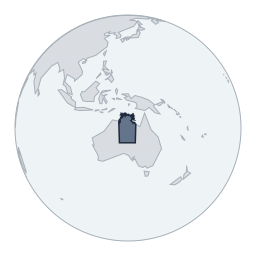 Northern Territory highlighted on a globe, orthographic projection
{"feature_id": "AUS-2650", "entity_name": "Northern Territory", "entity_type": "Territory", "adm_level": 1, "iso_a3": "AUS", "parent_name": "Australia", "parent_adm1": "", "projection": "orthographic", "projection_center": [133.869, -18.484], "detail": "medium", "context": "on_globe", "style": "filled", "palette": "slate", "viewbox_px": 256, "rotation_deg": 0, "n_neighbors": 0, "source": "natural_earth", "source_scale": "10m", "svg_char_len": 6797}
<svg xmlns="http://www.w3.org/2000/svg" viewBox="0 0 256 256"><circle cx="128" cy="128" r="113" fill="#eef3f6" stroke="#a8b0b8"/><path d="M206.0,133.8L206.0,134.7L205.8,134.7L206.0,133.8ZM185.6,31.2L185.4,31.1L185.6,31.2ZM228.4,82.1L227.5,79.7L228.6,81.5L228.4,82.1ZM226.5,78.0L226.9,78.9L226.5,78.1L226.5,78.0ZM225.9,77.3L226.4,77.8L226.0,77.5L225.9,77.3ZM225.3,76.7L225.6,77.0L225.3,76.7ZM224.0,75.1L223.6,74.6L223.8,74.6L224.0,75.1ZM125.8,15.4L126.3,15.4L126.8,15.4L135.7,15.6L144.5,16.6L153.2,18.2L161.8,20.5L161.3,20.4L165.3,21.7L162.2,21.0L161.6,21.2L156.0,20.0L156.0,20.6L157.5,21.1L158.7,22.5L155.6,24.3L151.2,20.5L154.4,19.0L152.5,19.2L150.9,18.6L148.9,18.4L147.7,18.8L148.9,19.2L136.4,18.2L129.4,20.2L134.9,20.6L137.0,21.9L133.9,26.2L118.4,32.4L121.1,35.5L120.3,37.5L116.1,38.4L117.0,35.5L113.9,34.3L115.1,32.7L108.6,33.8L110.0,31.6L104.2,33.9L104.9,35.7L110.2,35.3L104.5,38.5L108.1,42.2L107.1,46.7L95.9,55.3L86.9,58.4L86.0,60.1L83.2,58.5L78.3,62.2L82.5,71.6L82.0,74.6L74.5,81.1L74.6,78.8L67.1,74.4L64.8,81.9L70.4,87.2L72.3,94.6L67.6,92.8L65.8,86.5L63.1,84.7L64.5,78.2L63.6,69.5L58.9,72.1L59.9,68.5L57.9,62.4L51.5,66.1L40.9,78.3L38.3,88.2L35.2,93.6L33.9,81.6L36.0,73.1L33.9,75.0L34.0,69.8L29.4,74.1L30.2,72.3L29.0,74.4L29.1,74.2L33.1,67.4L37.6,60.9L42.5,54.7L47.8,48.9L53.6,43.4L59.7,38.4L66.2,33.9L72.9,29.7L79.9,26.1L87.2,23.0L94.7,20.4L102.3,18.3L110.1,16.8L117.9,15.8L125.8,15.4ZM26.3,79.6L26.8,78.6L29.5,73.6L27.9,76.8L27.8,78.4L22.5,89.6L19.6,97.5L22.5,88.4L26.3,79.6ZM17.7,104.9L18.7,101.3L18.2,103.9L15.9,117.7L15.4,127.4L16.0,116.1L17.7,104.9ZM17.4,149.3L17.5,150.0L20.0,159.9L21.4,164.3L17.4,149.3ZM26.0,175.9L26.3,176.4L26.5,176.8L26.0,175.9ZM60.6,198.2L62.8,199.2L62.0,199.9L60.6,198.2ZM20.0,152.1L26.0,171.2L25.9,173.0L23.6,168.5L19.8,157.5L19.2,152.6L18.3,147.0L20.0,152.1ZM99.4,111.7L102.9,112.2L102.8,112.8L99.4,111.7ZM95.8,109.9L99.7,110.0L95.2,111.1L95.8,109.9ZM101.2,110.1L105.1,109.1L106.8,108.3L106.5,109.4L101.2,110.1ZM93.3,110.0L79.8,110.5L74.6,109.6L75.7,107.6L84.1,107.4L93.3,110.0ZM75.3,107.5L67.6,103.1L58.1,90.0L61.5,89.6L71.6,96.9L71.0,98.5L75.6,102.1L75.3,107.5ZM94.5,96.7L93.8,101.5L86.2,101.4L82.9,100.8L80.5,94.8L81.8,91.7L84.6,91.6L95.8,81.2L99.6,83.5L96.0,87.8L99.1,91.8L94.5,96.7ZM38.5,89.0L39.5,94.2L37.9,95.8L38.5,89.0ZM100.9,74.4L96.0,78.6L100.6,73.0L100.9,74.4ZM103.9,69.3L104.0,71.4L102.3,69.4L103.9,69.3ZM85.4,62.8L82.5,63.5L82.7,62.1L86.5,60.5L85.4,62.8ZM106.2,50.8L105.2,54.5L104.3,55.8L103.4,53.5L106.2,50.8ZM180.6,176.8L182.4,178.9L179.3,182.1L174.9,184.8L170.2,184.4L180.6,176.8ZM145.2,176.3L144.1,171.1L149.2,171.8L147.9,175.9L145.2,176.3ZM183.8,174.8L186.5,171.4L186.6,165.6L187.4,171.3L190.6,173.2L183.6,179.0L183.8,174.8ZM123.7,153.4L102.8,161.3L97.9,160.1L98.4,156.2L92.5,145.0L94.1,145.2L92.2,137.9L104.1,131.2L112.5,120.0L119.9,121.2L125.1,113.6L133.0,115.0L131.1,121.2L139.9,126.7L144.6,113.1L151.1,129.7L158.2,137.1L161.5,148.7L152.8,165.7L146.9,168.2L145.2,166.0L142.9,167.5L138.5,165.9L135.0,158.9L132.7,160.6L134.5,156.1L131.4,159.8L128.7,155.5L123.7,153.4ZM181.1,135.7L182.6,136.7L185.2,140.6L182.9,139.2L181.1,135.7ZM202.4,135.3L203.3,137.2L201.7,136.7L202.4,135.3ZM205.8,134.7L203.9,134.3L206.0,133.8L205.8,134.7ZM187.6,128.6L188.4,129.9L187.8,130.0L187.6,128.6ZM186.9,128.0L187.7,126.7L187.7,128.3L186.9,128.0ZM179.7,117.0L180.4,116.5L180.8,117.2L179.7,117.0ZM108.0,112.4L112.6,108.7L115.3,108.5L108.0,112.4ZM178.4,115.0L176.3,114.2L176.4,113.4L178.4,115.0ZM178.4,113.1L178.1,111.9L179.5,115.0L178.4,113.1ZM174.3,109.4L176.9,112.1L174.0,109.5L174.3,109.4ZM172.8,109.2L171.0,107.9L171.1,107.5L172.8,109.2ZM153.4,106.0L160.0,114.0L154.9,112.7L149.1,107.4L144.9,110.5L135.3,108.4L137.3,106.3L135.9,102.6L126.3,100.0L124.3,97.6L127.7,96.4L121.4,94.1L128.2,93.7L131.1,98.6L135.0,95.5L142.0,97.4L148.9,100.2L154.7,104.8L153.4,106.0ZM128.5,103.9L129.7,104.1L128.7,105.4L128.5,103.9ZM167.6,104.3L170.2,107.3L169.9,107.8L168.6,107.1L167.6,104.3ZM156.0,104.3L162.1,101.8L163.6,102.3L159.6,105.7L156.0,104.3ZM160.5,99.0L163.4,100.2L165.1,102.8L164.5,103.2L160.5,99.0ZM114.5,98.4L114.3,99.7L112.6,98.6L114.5,98.4ZM116.8,97.8L122.1,99.6L116.3,98.9L116.8,97.8ZM101.3,92.9L102.8,95.8L107.4,94.0L103.9,96.7L107.2,101.7L106.1,103.6L102.9,98.1L101.9,103.7L99.9,103.6L98.7,98.8L100.7,93.1L102.7,90.8L111.1,90.1L101.3,92.9ZM116.7,94.2L115.3,90.6L116.4,88.5L117.8,90.3L116.7,94.2ZM111.5,82.5L108.1,78.6L104.9,80.0L111.7,75.1L113.7,79.5L111.5,82.5ZM109.0,74.3L105.9,75.5L109.2,72.7L109.0,74.3ZM105.2,74.3L105.1,71.8L107.4,72.2L105.2,74.3ZM110.5,74.5L111.5,70.3L112.4,72.8L110.5,74.5ZM104.7,66.5L109.3,70.5L103.0,68.7L103.7,61.1L106.5,61.0L104.7,66.5ZM126.6,40.2L126.5,38.6L129.3,38.5L128.5,39.6L126.6,40.2ZM138.2,37.5L130.0,38.0L123.3,38.8L124.9,39.7L122.6,42.4L120.7,39.6L126.0,37.0L130.9,36.9L132.5,34.9L136.6,34.0L137.0,31.5L139.0,30.8L140.2,33.1L138.2,37.5ZM136.9,30.5L139.1,27.0L144.0,28.3L144.6,29.3L141.5,30.3L139.2,29.6L136.9,30.5ZM141.1,26.6L138.8,25.9L137.2,21.2L138.0,20.6L141.8,24.4L139.9,24.0L139.4,25.1L141.1,26.6Z" fill="#d9dde1" stroke="#a8b0b8" stroke-width="1"/><path d="M118.8,121.0L119.2,121.7L119.2,120.9L120.1,121.6L120.0,120.9L120.6,120.9L120.0,120.8L119.9,120.5L120.1,120.5L120.2,120.3L119.4,119.9L120.1,119.3L120.4,118.2L121.2,118.0L120.8,117.2L121.6,116.5L121.9,116.7L121.7,116.1L122.3,116.6L122.2,116.1L123.1,115.4L123.3,115.9L124.9,115.6L125.2,116.0L125.3,115.6L125.9,115.5L125.7,114.6L125.4,114.3L124.6,114.4L123.9,114.0L124.4,113.6L124.7,114.1L124.7,113.6L125.7,114.3L126.2,114.0L127.4,115.0L128.1,114.7L128.0,115.0L128.5,115.0L128.6,115.4L129.7,115.2L130.6,115.9L131.9,114.8L131.6,115.9L132.2,115.4L132.1,116.2L132.6,116.2L132.8,115.8L132.4,115.6L133.2,115.1L133.4,115.8L134.0,116.0L133.3,116.9L133.0,116.8L133.3,117.3L133.0,117.2L133.0,117.7L132.7,117.9L132.7,117.4L131.9,117.8L131.9,118.7L132.2,118.6L131.9,119.6L130.8,120.6L133.4,123.0L133.9,122.9L135.8,124.3L135.3,142.8L119.4,142.8L118.8,121.0ZM123.5,114.2L122.4,115.2L121.5,114.7L121.3,113.8L121.9,114.2L122.8,113.9L122.9,114.1L123.0,113.7L123.5,114.2ZM133.4,119.5L133.8,119.8L132.7,119.7L132.8,118.9L133.4,118.5L133.5,118.9L133.8,118.8L133.4,119.5ZM121.4,114.8L121.8,115.0L120.6,114.9L121.2,114.0L121.4,114.8ZM125.6,114.0L125.3,113.4L125.5,113.3L125.6,114.0ZM134.1,122.5L133.8,122.6L133.9,122.4L134.1,122.5ZM133.6,113.5L133.5,113.8L133.1,114.2L133.6,113.5ZM132.4,118.6L132.5,118.9L132.3,118.9L132.4,118.6ZM132.4,114.7L133.0,114.3L132.8,114.5L132.4,114.7ZM133.0,122.2L133.1,122.4L133.0,122.2ZM125.5,114.6L125.4,114.6L125.5,114.6ZM132.3,115.3L132.6,115.4L132.3,115.4L132.3,115.3ZM133.2,122.6L133.4,122.6L133.2,122.6ZM133.4,122.5L133.6,122.5L133.4,122.7L133.4,122.5ZM132.3,118.4L132.3,118.0L132.5,118.2L132.3,118.4ZM119.7,120.9L119.9,121.0L119.7,120.9ZM127.0,114.5L127.3,114.5L127.0,114.6L127.0,114.5Z" fill="#64748b" stroke="#1e293b" stroke-width="1.5"/></svg>